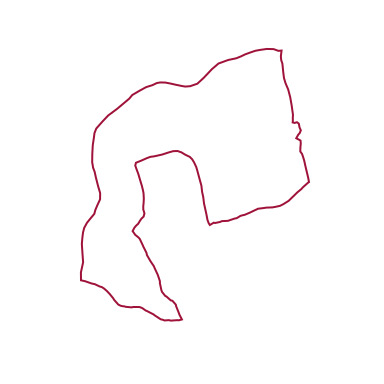 Kpi, Grand Kru, Liberia (Natural Earth projection), rotated 338°
{"feature_id": "62588387B64851496201268", "entity_name": "Kpi", "entity_type": "district", "adm_level": 2, "iso_a3": "LBR", "parent_name": "Liberia", "parent_adm1": "Grand Kru", "projection": "natural_earth1", "projection_center": [-8.139, 4.966], "detail": "fine", "context": "isolated", "style": "outline", "palette": "rose", "viewbox_px": 384, "rotation_deg": 338, "n_neighbors": 0, "source": "geoboundaries", "source_scale": "gbopen_adm2", "svg_char_len": 3056}
<svg xmlns="http://www.w3.org/2000/svg" viewBox="0 0 384 384"><g transform="rotate(338 192 192)"><path d="M134.9,306.4L134.4,301.1L134.5,298.3L134.5,292.0L134.8,290.4L133.1,285.5L131.7,284.5L129.1,279.2L128.3,278.5L126.8,273.4L126.8,272.2L127.0,270.6L127.5,267.8L128.1,264.4L128.8,262.8L129.2,256.7L129.2,255.3L128.9,249.7L128.8,246.2L127.8,241.7L127.5,240.1L126.6,233.6L127.0,231.2L126.4,224.2L126.4,222.7L126.0,216.0L125.4,214.2L124.8,213.1L123.3,210.4L122.3,206.0L122.8,205.6L125.4,203.4L128.0,202.1L130.2,201.3L133.1,199.1L135.3,197.7L137.9,196.7L139.9,194.0L140.1,192.0L140.3,189.9L141.5,186.9L143.0,184.1L144.8,180.2L146.6,175.0L147.2,171.9L147.9,166.9L148.0,165.3L149.0,155.0L149.1,150.4L149.3,146.2L151.0,143.9L156.9,143.9L162.5,143.7L166.6,143.8L170.0,144.7L172.9,145.2L178.4,146.1L185.5,146.6L189.9,147.1L194.0,148.6L196.1,150.5L196.9,151.1L199.8,155.0L203.1,158.6L204.4,161.7L205.0,165.2L205.3,170.5L204.8,175.3L203.9,182.6L203.1,189.6L201.4,195.8L200.5,201.0L199.2,205.8L198.8,207.4L198.2,211.0L197.0,218.1L195.9,223.6L195.8,227.3L196.2,229.3L200.7,228.6L201.8,229.4L206.9,230.3L208.8,230.2L214.5,232.2L216.8,232.3L221.7,232.6L223.6,233.0L227.9,232.3L230.0,232.5L232.4,232.9L238.2,232.8L239.5,232.7L244.3,232.4L245.5,232.4L246.8,232.2L253.1,233.9L254.7,234.2L260.8,236.4L264.2,237.1L268.4,237.8L272.1,237.5L278.3,236.4L281.7,235.0L286.4,233.1L289.5,231.8L294.6,230.2L296.3,229.3L302.9,226.9L304.2,226.6L305.1,222.1L306.8,210.8L307.8,204.9L308.1,201.4L308.3,198.1L307.6,195.0L309.0,191.7L311.0,187.8L311.9,185.0L310.9,183.7L308.8,181.2L309.7,180.5L312.1,178.6L313.8,177.8L316.0,175.6L315.9,172.2L316.3,170.5L316.6,168.5L315.4,166.6L313.0,166.4L311.4,165.2L312.1,163.9L313.5,160.4L314.5,158.4L316.8,149.2L318.2,142.6L318.6,140.7L319.6,132.9L319.5,127.7L319.5,125.8L320.0,120.7L321.6,114.7L323.9,106.8L324.1,103.2L325.2,99.5L327.3,95.7L328.0,94.4L325.0,93.5L321.2,90.1L315.0,87.4L308.5,85.8L303.7,84.8L298.7,84.5L292.8,84.3L288.3,84.6L287.6,84.6L283.2,84.6L275.2,83.2L273.4,83.1L264.7,82.8L256.6,85.5L245.7,90.5L237.5,93.6L229.9,93.2L225.2,91.7L221.5,89.4L219.9,88.3L217.6,86.8L212.7,83.4L208.2,80.5L203.5,78.5L200.2,77.8L195.2,78.1L190.3,77.7L188.7,77.6L181.0,78.5L172.9,79.7L168.9,81.9L160.3,84.7L153.5,86.9L143.1,89.6L135.2,93.2L134.0,93.8L127.0,97.3L123.6,100.9L123.1,101.8L121.9,104.0L121.6,104.5L117.5,111.5L113.8,119.4L110.6,127.0L109.6,131.6L109.4,132.2L109.3,136.8L108.3,142.7L107.1,151.6L106.5,158.0L106.4,158.7L104.0,164.4L99.4,168.7L95.7,172.4L93.2,175.7L88.5,178.2L83.1,181.2L78.6,184.9L75.8,188.7L73.4,193.0L70.5,198.7L69.9,200.4L68.1,205.9L66.4,211.1L64.7,216.4L58.9,224.9L56.0,232.3L59.5,234.7L64.5,239.1L67.4,241.1L71.1,245.1L72.7,246.3L74.2,248.4L76.0,251.9L77.5,255.8L79.1,260.9L79.4,262.8L81.5,268.8L82.1,269.4L83.1,270.6L84.7,271.8L86.6,272.8L87.5,273.6L92.9,276.4L94.5,276.6L98.9,278.4L100.5,279.2L102.4,281.0L104.7,284.6L105.4,285.2L106.6,286.6L110.5,291.1L111.0,292.1L115.3,298.3L116.9,299.4L118.4,300.8L122.7,302.2L124.1,303.3L130.3,305.3L131.6,306.0L134.9,306.4Z" fill="none" stroke="#9f1239" stroke-width="2"/></g></svg>